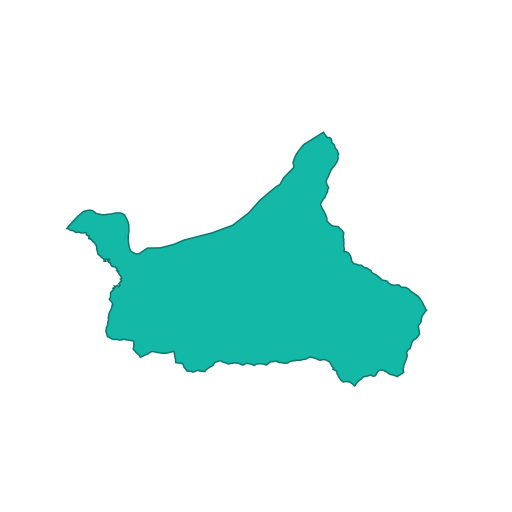 outline of Hangu, Neamt, Romania, rotated 115°
{"feature_id": "2599482B88433775454679", "entity_name": "Hangu", "entity_type": "district", "adm_level": 2, "iso_a3": "ROU", "parent_name": "Romania", "parent_adm1": "Neamt", "projection": "robinson", "projection_center": [26.068, 47.052], "detail": "fine", "context": "isolated", "style": "filled", "palette": "teal", "viewbox_px": 512, "rotation_deg": 115, "n_neighbors": 0, "source": "geoboundaries", "source_scale": "gbopen_adm2", "svg_char_len": 6098}
<svg xmlns="http://www.w3.org/2000/svg" viewBox="0 0 512 512"><g transform="rotate(115 256 256)"><path d="M391.9,356.4L391.7,356.0L391.7,355.2L392.0,352.9L392.1,350.8L391.9,349.9L390.6,347.4L389.8,343.9L389.1,342.6L387.6,341.0L387.3,340.5L386.7,337.6L385.8,335.3L385.5,333.2L384.9,331.7L384.7,330.6L389.5,328.6L392.3,328.0L394.3,323.5L395.2,320.1L396.7,318.0L395.0,316.7L394.2,315.8L392.5,314.7L390.2,312.4L389.0,311.9L386.8,310.3L386.3,309.3L385.5,306.4L385.1,304.5L383.6,299.6L382.6,297.2L380.3,294.0L377.3,290.6L378.1,289.3L378.5,288.9L380.4,287.8L384.0,285.1L386.5,283.8L386.2,282.3L384.9,278.6L384.8,277.3L384.9,276.5L385.2,275.9L386.1,275.4L387.3,274.0L389.4,269.8L388.2,266.4L387.9,265.6L388.0,264.6L387.6,263.8L386.6,262.5L385.0,261.5L384.5,261.0L383.9,258.1L382.3,253.4L380.9,253.3L379.3,252.7L375.5,250.4L373.5,248.8L372.8,248.6L370.9,248.5L369.3,248.0L367.8,245.9L366.1,244.6L366.0,244.3L366.1,241.0L365.6,237.6L365.5,235.3L363.7,233.0L363.2,232.0L361.7,230.0L361.2,228.2L360.7,227.4L360.5,224.6L360.6,222.3L360.3,221.6L359.3,220.8L358.0,220.0L357.3,219.2L357.0,218.5L356.0,214.4L356.1,211.6L353.4,209.6L353.2,209.2L350.7,203.9L350.7,202.1L350.4,200.5L345.7,198.2L345.4,198.0L345.1,196.8L343.8,194.8L343.3,194.5L342.5,192.3L342.9,191.1L342.9,190.2L342.2,189.0L341.5,186.1L341.0,185.2L340.8,183.7L339.4,182.0L337.0,180.4L333.1,174.7L332.1,172.2L331.5,171.4L330.5,170.5L328.8,167.8L327.6,166.6L325.6,165.2L324.6,164.0L324.2,162.5L324.1,161.0L323.6,158.8L323.7,156.4L323.5,154.0L321.2,150.9L320.7,149.4L320.6,148.5L320.9,144.7L321.3,143.7L322.3,142.7L323.5,141.0L324.1,139.9L324.6,138.3L325.5,138.5L326.2,138.4L326.2,138.2L326.0,137.7L326.2,137.2L326.3,136.3L326.3,134.4L327.0,133.6L328.3,133.0L328.9,131.8L330.5,130.3L331.0,129.2L332.8,126.2L333.3,123.6L332.6,122.8L331.3,120.3L330.9,118.5L330.6,118.1L330.5,117.6L331.0,115.9L331.1,114.6L332.2,111.8L331.7,111.4L330.7,111.5L327.4,110.7L325.4,109.9L321.9,108.0L320.2,107.8L319.8,107.4L319.3,106.3L318.6,105.7L317.7,104.1L315.4,102.0L315.5,99.1L315.3,98.5L314.2,97.4L313.0,97.0L311.9,97.1L309.0,96.7L307.3,95.7L306.0,93.4L305.8,92.6L305.8,91.0L306.1,90.2L305.8,89.9L305.9,89.4L305.7,89.1L306.6,85.4L306.4,83.1L306.1,82.2L305.6,78.8L305.8,77.2L301.7,74.5L299.0,73.0L298.5,73.5L296.6,74.7L292.3,75.8L285.0,76.3L282.6,76.7L281.3,77.4L280.6,78.4L279.2,78.8L276.6,78.4L275.6,77.9L274.6,77.1L272.5,77.6L267.3,78.2L265.1,77.3L262.9,75.9L261.5,75.5L257.9,74.8L255.2,76.3L253.2,77.6L251.9,78.9L251.0,79.3L249.5,79.3L246.8,78.7L245.4,78.6L243.2,79.6L240.9,79.9L239.3,79.9L234.0,78.9L232.9,78.5L232.8,79.2L232.5,79.6L230.5,82.1L229.4,83.7L228.7,84.3L227.3,86.2L224.4,91.0L223.9,92.5L223.5,95.1L223.0,97.2L223.0,98.3L222.2,101.9L221.4,103.6L221.2,107.2L221.8,108.3L222.0,109.5L222.7,110.4L222.9,111.2L222.6,112.1L221.8,113.8L222.2,115.1L224.4,119.0L224.8,120.9L224.5,124.7L223.4,126.1L223.8,129.2L224.4,130.7L224.5,131.7L223.4,134.8L222.4,138.5L222.1,143.5L221.6,144.6L220.4,145.8L220.6,147.1L220.0,150.2L220.2,151.2L220.8,152.3L220.8,152.8L220.3,154.3L219.9,156.5L220.2,157.8L220.9,159.1L221.0,161.8L221.5,163.1L221.4,164.6L220.8,165.6L220.5,166.6L220.2,167.1L217.4,169.1L215.8,170.6L215.5,171.4L215.1,171.8L214.5,172.7L214.2,173.8L214.0,175.7L214.4,177.1L214.9,177.9L213.0,178.8L212.2,179.0L209.9,180.7L207.5,181.6L204.8,183.1L203.6,183.5L202.3,184.9L198.4,186.0L197.4,186.9L195.9,190.1L195.6,192.3L194.7,193.1L194.7,194.1L196.4,199.0L196.0,201.8L194.4,206.5L194.0,206.8L193.0,207.1L191.6,207.9L188.8,210.7L188.5,211.3L187.2,212.7L184.8,216.3L182.1,219.2L181.7,219.4L179.1,219.3L176.1,219.1L174.9,218.6L172.8,218.2L171.6,218.6L167.8,218.3L165.2,219.1L163.5,218.9L162.8,219.7L161.5,221.6L160.5,222.5L159.5,223.8L156.8,224.3L153.4,224.0L152.5,224.2L147.7,224.3L144.4,224.0L140.2,222.8L134.3,222.4L132.9,222.8L130.7,224.1L128.9,224.1L125.8,227.2L124.9,229.5L124.5,230.1L122.4,231.8L121.9,232.6L121.1,235.2L118.3,237.1L118.0,237.6L117.7,238.6L117.6,239.5L118.4,240.9L118.3,241.1L118.2,241.8L117.9,242.8L115.3,247.2L134.7,259.7L136.6,260.4L144.9,262.2L147.2,262.5L150.7,262.5L155.1,262.0L155.9,261.7L159.1,259.4L160.3,259.4L173.4,264.0L181.0,264.5L185.3,267.4L203.6,275.9L220.2,280.9L237.9,290.1L253.7,305.7L272.1,328.1L280.4,335.6L289.1,346.2L294.8,357.9L302.5,362.4L304.0,364.0L304.6,365.1L304.8,366.5L304.8,369.9L304.5,371.1L304.0,372.0L302.3,374.0L298.6,376.7L294.8,378.9L290.5,380.7L287.4,381.6L284.6,382.9L281.2,384.7L279.9,385.7L278.6,387.1L277.1,388.8L274.3,392.6L274.1,396.2L274.9,398.7L276.7,401.9L279.5,405.4L280.4,407.3L282.6,410.7L283.6,412.8L284.9,418.1L284.9,419.1L284.1,422.2L284.1,424.2L284.8,426.2L286.0,428.1L287.9,430.5L289.6,431.8L291.9,432.6L296.3,434.6L307.5,438.2L311.0,439.0L310.8,438.1L311.0,435.2L310.8,433.8L310.5,433.2L310.3,431.1L310.8,430.1L310.6,428.6L309.5,427.4L309.1,425.7L309.2,424.7L308.2,422.4L307.3,421.3L306.5,419.7L308.5,418.7L308.5,418.1L308.8,417.5L308.2,415.7L309.8,415.4L310.9,414.9L310.1,413.5L310.3,413.1L310.8,413.0L310.6,412.2L311.6,410.8L312.1,409.3L312.3,407.7L314.3,404.9L315.1,404.2L316.8,403.5L321.1,399.9L321.7,398.1L321.8,396.9L322.7,395.5L322.6,394.0L322.9,392.8L323.9,392.0L325.0,391.5L324.5,390.2L324.3,389.9L323.6,390.6L321.9,390.8L321.8,390.6L322.3,390.0L322.0,389.3L322.3,389.0L321.2,388.6L321.1,387.8L321.2,387.0L322.6,387.9L323.3,388.1L323.9,386.9L323.7,386.8L324.1,385.8L323.6,385.4L324.3,384.9L324.3,384.6L326.1,382.9L326.2,381.5L325.7,381.1L326.0,380.6L325.9,380.0L325.1,379.0L326.4,377.1L326.0,376.5L326.3,376.3L326.9,376.3L327.5,375.8L328.1,376.1L328.1,374.2L328.8,374.6L332.8,368.2L334.3,369.2L335.3,367.4L336.6,368.0L336.9,367.6L337.2,367.7L337.2,367.9L338.9,368.7L340.1,366.7L341.9,367.5L341.0,369.0L342.4,370.1L342.9,370.9L343.1,371.5L343.6,370.5L344.9,370.9L344.7,371.3L345.8,372.1L346.5,371.0L348.8,371.7L350.0,372.3L350.8,372.3L355.0,370.5L356.2,370.5L356.6,370.8L357.4,370.4L358.9,367.0L359.9,365.8L361.0,365.5L361.0,365.1L361.5,365.5L361.9,365.5L363.7,365.0L366.3,364.8L369.5,364.9L370.9,364.7L374.2,363.9L375.9,362.8L376.7,362.5L378.3,362.4L381.6,361.3L384.6,361.3L385.3,360.8L387.2,360.4L388.0,360.0L391.9,356.4Z" fill="#14b8a6" stroke="#0f766e" stroke-width="1.5"/></g></svg>